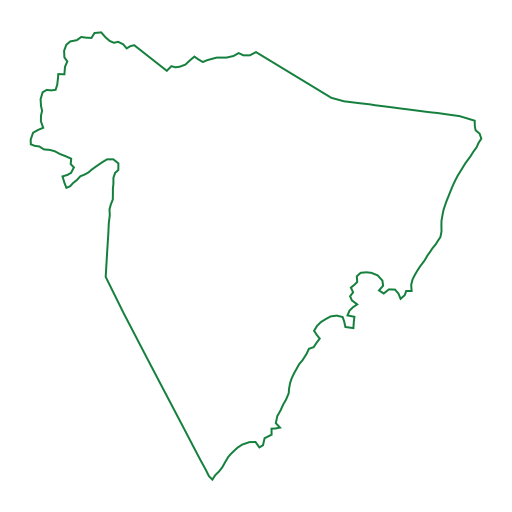 Guarapari, Espírito Santo, Brazil (Albers equal-area conic projection)
{"feature_id": "56859067B18132052810644", "entity_name": "Guarapari", "entity_type": "district", "adm_level": 2, "iso_a3": "BRA", "parent_name": "Brazil", "parent_adm1": "Espírito Santo", "projection": "albers", "projection_center": [-40.545, -20.612], "detail": "fine", "context": "isolated", "style": "outline", "palette": "green", "viewbox_px": 512, "rotation_deg": 0, "n_neighbors": 0, "source": "geoboundaries", "source_scale": "gbopen_adm2", "svg_char_len": 2833}
<svg xmlns="http://www.w3.org/2000/svg" viewBox="0 0 512 512"><path d="M62.5,176.4L64.5,183.0L66.4,187.8L70.1,186.3L73.1,183.0L76.9,180.0L80.3,176.3L84.7,174.5L88.4,172.5L91.6,169.7L96.0,166.5L101.8,162.5L107.1,159.3L113.3,159.3L118.4,163.4L118.3,170.0L115.1,172.9L113.4,177.9L113.4,183.9L112.9,188.5L112.9,194.0L112.8,199.6L110.9,204.2L109.5,209.3L109.8,215.2L108.8,223.1L108.3,233.9L107.2,251.2L106.1,269.8L105.7,276.9L123.8,313.5L149.2,362.3L154.7,372.8L183.1,426.9L193.9,447.6L200.3,459.8L205.8,469.8L208.9,476.1L212.4,479.6L215.2,475.2L219.1,471.4L222.4,467.1L225.3,461.9L228.2,457.0L230.9,453.9L234.1,450.8L237.6,447.6L242.2,444.6L249.5,442.1L255.5,442.0L259.4,447.4L263.0,445.2L264.6,438.2L271.6,434.7L271.5,428.7L275.5,428.5L280.0,427.6L275.8,423.2L277.3,416.1L280.7,410.1L283.2,404.5L286.1,399.5L288.7,393.3L289.1,388.4L290.2,382.7L291.7,378.3L294.1,373.2L296.7,368.6L299.0,364.4L302.6,360.1L306.6,353.8L308.9,348.8L313.6,347.2L316.7,342.6L319.7,338.6L316.7,334.8L314.1,330.8L317.1,325.8L321.0,322.0L326.2,318.8L330.7,316.4L336.7,315.6L342.6,317.0L344.1,321.2L345.4,327.0L353.4,328.1L353.8,322.1L354.4,316.8L347.5,315.4L349.5,310.6L352.9,307.3L357.2,304.4L351.9,300.4L350.1,296.3L353.1,292.3L350.9,287.6L354.4,284.8L357.2,282.0L356.8,276.3L360.7,272.8L366.1,272.3L371.3,272.8L377.7,275.4L382.4,280.6L383.1,285.7L379.0,290.4L383.7,293.5L388.9,289.4L395.0,289.6L398.4,293.5L400.6,298.8L404.7,295.2L406.2,291.0L411.6,291.0L411.2,284.8L412.6,279.3L414.8,275.0L417.0,271.2L420.0,266.5L424.5,260.6L427.6,255.3L430.2,251.7L432.5,248.2L435.7,244.3L437.9,240.8L440.4,237.1L441.5,231.5L441.4,225.6L441.5,220.8L442.5,215.0L443.6,209.6L445.0,205.4L446.5,201.2L448.5,196.2L450.9,190.2L452.8,185.6L455.4,180.1L457.8,175.5L460.3,171.5L463.0,167.1L465.4,163.2L467.9,159.8L470.5,156.3L473.5,151.5L476.6,147.3L478.5,143.0L481.3,138.6L479.6,133.6L475.6,130.3L474.8,126.1L474.7,120.7L459.5,116.1L447.1,114.4L437.6,113.0L432.2,112.5L427.0,111.9L407.2,109.3L402.2,108.7L389.4,107.0L374.8,105.2L370.3,104.4L360.4,103.3L344.0,101.3L331.3,97.8L256.0,52.1L249.9,55.3L243.4,55.3L238.6,53.1L233.5,56.0L226.4,57.6L221.0,57.6L216.7,57.6L212.2,58.8L207.1,60.2L202.8,62.0L197.9,59.1L194.4,56.6L190.1,60.2L185.4,64.6L179.8,66.7L175.5,67.3L171.4,66.2L166.8,70.8L134.2,45.2L130.3,46.2L126.7,48.4L123.2,44.3L118.1,41.8L114.0,42.8L109.6,40.9L105.4,37.2L101.2,32.4L94.5,33.0L91.5,37.9L86.4,37.7L81.2,37.0L76.8,40.2L70.3,41.4L66.3,44.8L64.1,50.8L64.4,57.4L67.3,61.4L65.0,66.8L64.4,74.3L58.3,74.1L57.9,78.9L57.2,84.9L55.6,89.8L51.4,90.4L46.7,89.9L42.6,92.3L40.6,99.2L41.0,105.8L42.1,110.8L41.0,115.5L40.9,121.3L43.2,127.8L38.1,129.9L33.1,132.7L30.7,139.5L30.8,144.3L34.6,145.8L39.4,146.5L43.9,149.4L49.7,149.9L54.7,151.2L59.9,154.0L65.4,156.1L71.2,158.7L70.7,164.1L73.9,167.4L71.1,172.8L67.5,174.9L62.5,176.4Z" fill="none" stroke="#15803d" stroke-width="2"/></svg>